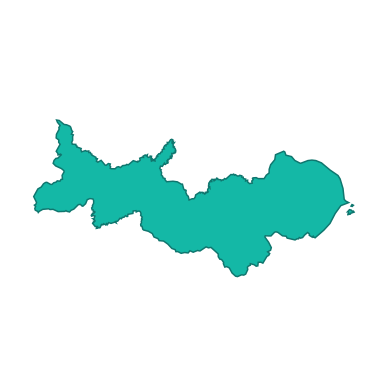 the district of Khlung, Chanthaburi, Thailand, rotated 262°
{"feature_id": "78962969B14085180257363", "entity_name": "Khlung", "entity_type": "district", "adm_level": 2, "iso_a3": "THA", "parent_name": "Thailand", "parent_adm1": "Chanthaburi", "projection": "robinson", "projection_center": [102.327, 12.55], "detail": "fine", "context": "isolated", "style": "filled", "palette": "teal", "viewbox_px": 384, "rotation_deg": 262, "n_neighbors": 0, "source": "geoboundaries", "source_scale": "gbopen_adm2", "svg_char_len": 6039}
<svg xmlns="http://www.w3.org/2000/svg" viewBox="0 0 384 384"><g transform="rotate(262 192 192)"><path d="M282.1,67.9L279.7,68.5L276.2,70.6L274.3,69.1L272.7,69.2L268.0,65.8L264.4,65.0L262.1,67.3L259.8,66.9L257.6,68.0L251.2,63.2L248.9,64.5L247.3,64.5L247.8,67.2L247.0,67.7L244.2,63.8L244.2,61.9L242.5,59.8L239.7,58.5L236.8,60.6L233.4,65.9L231.0,68.1L229.7,68.1L226.6,65.7L222.6,65.5L222.7,64.1L221.1,62.7L221.8,60.1L220.7,58.8L220.4,56.4L219.0,54.4L219.2,53.1L221.8,49.6L221.8,48.2L220.8,46.1L217.9,43.4L216.5,39.8L209.5,34.6L203.3,36.6L201.6,35.7L200.9,34.1L199.5,35.1L197.4,34.0L195.8,34.3L194.2,36.6L193.1,36.9L194.2,38.2L195.6,41.8L195.3,47.7L194.4,49.0L194.2,52.0L191.2,56.7L190.5,63.4L191.1,64.6L190.2,65.5L189.3,68.0L190.7,69.7L191.5,72.6L195.3,77.7L195.3,79.7L193.3,81.3L193.2,82.1L195.2,85.0L199.0,87.2L199.7,89.9L198.9,92.9L197.2,93.4L194.5,93.0L192.4,91.5L191.1,91.4L190.2,90.4L188.3,90.6L188.2,91.5L186.2,91.6L186.3,92.7L185.7,93.1L184.3,91.3L184.6,90.6L183.3,90.2L183.8,89.8L182.9,89.0L182.1,89.2L182.3,91.4L181.7,92.5L179.1,91.2L179.2,90.5L178.6,91.2L178.1,90.7L177.4,91.9L176.6,91.8L175.7,90.5L176.2,90.5L176.2,90.3L174.8,89.2L171.2,91.4L171.0,93.3L169.3,92.3L169.3,93.4L170.3,93.7L169.4,94.9L169.5,96.0L172.4,97.8L171.9,98.4L172.7,99.9L172.1,99.9L172.3,101.3L171.4,102.0L171.9,102.7L171.5,103.1L172.5,103.2L171.9,104.1L173.3,105.2L172.2,107.4L172.9,111.4L172.0,112.6L173.4,112.2L173.5,114.4L176.0,117.0L175.3,118.4L176.5,119.4L176.5,121.2L177.8,122.8L176.7,124.2L176.8,124.9L178.8,125.4L179.0,130.5L181.4,131.1L181.3,134.0L180.0,134.0L180.6,135.9L180.3,137.4L179.6,138.1L177.4,138.5L176.1,137.9L174.1,139.2L172.3,138.2L171.9,138.8L170.1,137.7L168.5,137.7L167.3,136.7L165.6,136.6L165.0,137.7L161.9,138.1L161.1,138.8L159.2,143.3L156.4,146.9L152.7,148.1L150.6,151.8L148.4,152.7L147.4,157.0L143.8,160.8L138.9,164.2L137.2,167.4L135.2,167.7L134.9,169.8L132.8,172.7L133.1,176.3L132.2,179.7L134.1,181.8L132.2,184.8L133.3,189.3L132.5,191.7L135.7,198.3L134.4,200.5L134.5,203.1L127.1,209.3L124.2,209.0L121.6,210.2L121.0,211.9L118.0,213.5L116.6,213.1L113.1,214.0L113.3,216.0L111.6,218.4L106.2,220.4L102.6,223.4L101.9,225.3L103.1,229.6L102.5,231.7L103.2,233.7L107.4,236.4L109.8,236.4L110.7,237.3L111.4,239.6L112.9,239.8L111.3,243.5L109.6,245.2L109.7,246.9L113.2,247.8L112.9,250.4L111.7,252.3L117.8,257.2L118.6,259.2L120.3,260.4L122.2,258.6L123.4,261.7L125.9,262.8L131.5,260.9L137.3,257.9L138.4,258.4L137.5,264.1L140.6,268.1L140.9,269.5L140.1,271.4L136.0,275.5L135.1,279.1L133.1,279.8L130.2,287.4L131.0,289.4L130.8,291.0L132.0,291.9L131.2,293.0L131.5,295.2L133.7,297.5L135.8,300.9L134.1,302.4L132.8,302.1L130.7,304.6L131.3,305.7L130.3,305.7L130.4,306.5L129.5,307.5L135.9,317.3L141.7,324.3L150.8,330.8L157.8,337.5L159.7,345.7L161.8,342.8L163.6,341.7L174.5,342.0L184.3,340.5L188.0,338.9L194.5,331.8L202.8,324.3L205.9,319.0L206.9,315.2L207.0,311.2L205.3,303.6L205.8,302.6L208.9,298.2L213.2,295.5L215.4,290.1L218.7,289.5L219.6,288.5L217.3,279.9L212.5,278.5L208.1,273.7L203.8,271.6L200.1,271.0L198.3,267.9L195.2,265.3L196.0,259.5L197.3,257.5L197.5,254.4L197.1,253.8L195.8,254.3L194.5,252.7L192.4,252.9L192.3,250.2L194.0,248.5L195.9,248.7L195.5,246.6L197.3,247.0L198.1,244.8L199.6,244.8L199.8,243.4L201.1,243.6L201.9,241.6L201.4,240.9L201.5,239.2L203.1,237.4L202.8,236.3L203.9,235.8L203.5,234.2L203.9,233.0L200.1,227.3L200.8,226.1L199.5,224.6L199.8,224.1L199.1,222.5L200.1,222.3L200.8,219.4L201.8,219.3L202.3,218.3L200.9,217.2L201.3,216.2L200.4,216.2L200.0,215.4L201.4,214.9L201.8,213.5L200.7,212.9L200.9,212.3L200.3,211.6L199.6,212.5L199.6,211.0L198.3,209.8L197.3,210.1L196.7,209.4L195.3,209.2L194.7,210.9L194.7,210.2L193.8,210.2L194.5,209.8L194.2,209.3L192.3,207.9L190.3,207.5L189.9,208.0L189.5,207.5L190.0,206.9L189.4,206.5L189.7,205.6L189.1,205.7L188.2,204.4L189.7,203.6L189.1,202.8L190.3,202.1L190.3,200.8L190.8,201.0L189.9,200.0L190.7,199.6L188.6,195.2L186.4,194.4L185.0,192.9L185.3,191.2L184.5,188.0L188.3,187.7L189.5,186.6L192.4,185.8L194.3,186.4L194.9,186.0L194.8,185.2L196.1,184.2L201.1,183.6L201.2,182.6L204.1,178.9L205.3,174.7L205.7,168.3L208.1,166.9L209.1,167.2L210.0,165.3L211.7,165.1L213.0,164.0L215.6,164.6L217.6,163.9L218.2,164.6L219.6,163.3L222.0,164.4L221.5,166.2L224.2,168.5L223.3,168.6L223.0,169.6L224.1,170.8L223.9,172.0L224.5,172.4L226.1,171.6L226.2,172.4L226.6,172.0L227.5,172.6L227.5,173.7L228.4,174.6L228.2,175.9L229.5,175.6L229.2,176.5L230.4,176.0L230.3,177.4L233.0,177.3L232.6,179.2L233.5,179.8L233.0,180.5L234.0,181.5L234.9,181.0L235.4,181.7L237.1,181.4L239.0,179.8L239.2,180.7L240.4,179.8L241.8,179.9L243.2,181.2L242.9,179.3L243.3,179.0L244.9,179.4L244.8,180.0L244.1,180.1L244.9,180.7L245.6,179.8L246.4,180.2L247.0,179.2L246.7,178.0L244.3,176.0L244.5,174.4L243.0,174.7L242.6,172.9L241.4,172.6L241.9,171.8L241.5,171.2L239.6,169.9L238.5,170.5L238.2,168.5L236.0,168.0L235.8,166.8L234.4,165.8L234.5,164.5L232.8,162.4L231.9,162.9L231.7,161.6L230.5,161.1L229.1,158.5L228.6,159.7L227.9,159.7L228.7,157.7L228.2,156.1L230.3,156.0L230.0,157.6L231.5,156.4L233.0,156.9L233.4,155.6L232.5,155.3L232.4,153.3L233.6,152.5L235.1,153.0L234.4,151.5L235.2,150.8L234.2,148.5L233.0,148.8L233.3,147.2L232.7,144.9L230.7,145.1L229.9,144.0L230.0,142.6L229.2,142.4L231.2,138.2L227.8,132.8L228.4,131.1L227.7,130.1L227.8,127.0L226.2,124.6L227.3,122.7L227.1,121.0L225.7,119.1L226.3,115.3L226.8,114.3L228.5,114.9L229.6,114.2L231.1,115.0L231.8,113.1L230.4,110.8L230.7,109.7L236.0,106.4L234.6,102.9L235.8,101.6L238.1,102.9L238.3,101.5L239.7,101.7L242.5,97.9L243.4,98.1L244.0,97.0L245.3,96.9L245.5,95.3L247.0,95.5L247.0,93.2L247.8,92.4L247.2,88.2L249.7,87.8L250.5,88.3L252.6,84.2L253.4,84.5L254.2,83.5L255.3,83.6L256.0,80.1L258.1,79.8L259.8,81.0L263.6,81.5L265.1,82.4L266.1,80.6L268.5,82.3L269.5,81.5L273.1,80.9L274.2,80.2L276.0,77.2L276.7,74.7L281.3,70.5L282.1,67.9ZM152.6,345.5L150.7,343.2L150.6,344.0L149.2,344.2L148.5,343.3L147.9,343.2L148.1,345.8L148.8,346.1L149.5,349.7L150.6,349.2L150.7,348.0L151.9,347.2L152.6,345.5ZM157.3,348.7L155.9,347.5L155.4,348.6L156.4,350.0L157.3,348.7Z" fill="#14b8a6" stroke="#0f766e" stroke-width="1.5"/></g></svg>